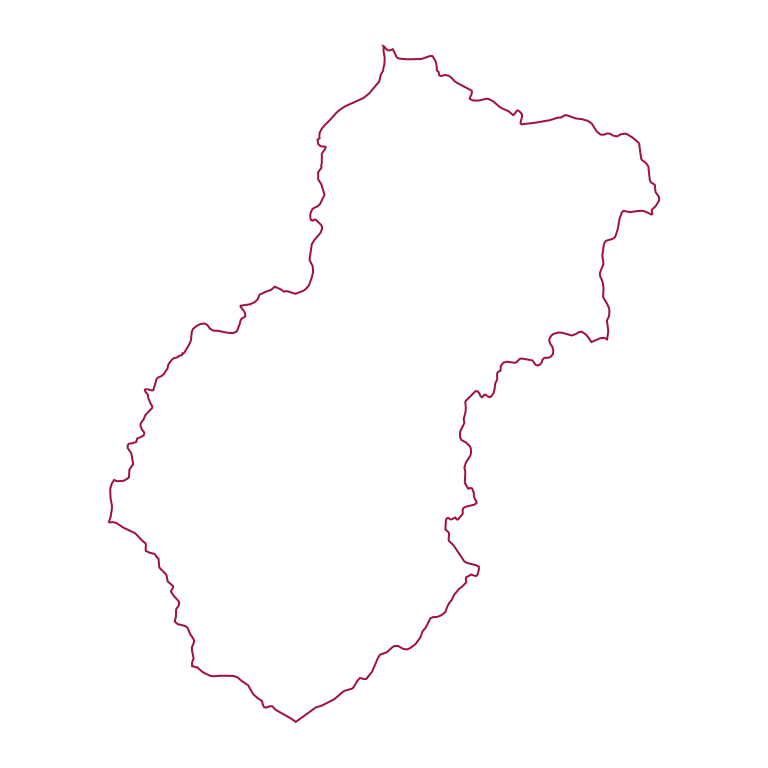 Que Phong, Nghệ An, Vietnam (Natural Earth projection)
{"feature_id": "81297802B37103290877054", "entity_name": "Que Phong", "entity_type": "district", "adm_level": 2, "iso_a3": "VNM", "parent_name": "Vietnam", "parent_adm1": "Nghệ An", "projection": "natural_earth1", "projection_center": [104.897, 19.706], "detail": "fine", "context": "isolated", "style": "outline", "palette": "rose", "viewbox_px": 768, "rotation_deg": 0, "n_neighbors": 0, "source": "geoboundaries", "source_scale": "gbopen_adm2", "svg_char_len": 6087}
<svg xmlns="http://www.w3.org/2000/svg" viewBox="0 0 768 768"><path d="M607.1,339.3L608.3,331.0L606.9,320.6L609.1,316.0L609.4,311.2L609.0,308.1L607.2,304.0L603.1,297.1L603.5,288.2L602.9,283.3L601.6,279.2L600.5,277.4L599.9,274.5L600.0,272.6L603.5,263.9L602.3,255.5L603.9,244.3L605.2,241.7L606.2,240.7L612.3,239.0L614.5,237.7L615.7,235.6L617.8,228.8L619.5,219.0L621.6,213.1L623.0,211.1L624.0,210.9L629.9,212.2L637.6,211.0L642.9,210.8L647.7,212.6L650.7,214.3L652.0,214.3L652.4,213.6L651.7,210.5L652.0,209.5L655.7,206.1L659.1,200.5L659.1,197.6L658.5,196.2L655.8,192.5L655.3,190.6L654.8,184.8L651.0,182.4L649.8,180.2L648.3,166.3L646.0,163.1L641.9,159.9L641.2,158.8L639.2,144.2L638.4,142.5L633.2,138.0L626.9,134.1L625.2,133.6L620.4,134.4L617.7,136.2L616.3,136.3L612.5,135.4L610.7,134.0L609.0,133.5L607.1,133.5L603.5,134.8L600.5,134.5L596.7,131.4L591.7,123.5L587.7,120.8L582.0,119.2L575.6,118.4L566.3,115.1L565.1,115.2L560.6,117.6L558.0,117.6L550.1,120.1L536.0,122.6L521.6,124.3L520.9,123.9L520.5,122.7L522.0,116.9L522.1,114.4L519.5,111.4L518.1,110.5L517.0,110.6L513.8,114.8L512.9,115.0L508.6,111.2L501.9,108.3L498.9,106.3L493.6,101.7L488.9,99.1L486.4,98.7L479.2,100.5L475.0,100.6L472.7,100.3L470.3,99.3L469.7,98.3L471.7,93.8L471.9,91.6L471.6,90.6L457.1,82.9L454.2,80.9L451.6,77.8L448.7,75.7L445.3,75.0L440.9,76.0L439.3,75.4L438.6,72.0L436.9,70.4L436.6,65.6L435.6,61.2L432.5,56.1L430.4,55.9L421.4,59.0L407.3,59.3L399.3,58.6L396.8,57.5L392.8,49.2L390.6,50.2L388.0,50.4L386.8,49.7L384.3,46.6L383.2,46.1L383.7,47.3L383.5,50.9L384.7,57.6L384.4,64.2L383.3,68.5L383.2,70.7L381.0,74.1L379.2,81.5L369.2,93.4L363.5,98.0L344.9,106.4L339.8,109.8L336.4,112.8L329.5,120.5L324.3,125.5L321.6,129.0L319.7,132.7L319.3,135.9L319.6,138.3L317.5,139.6L318.0,143.2L318.7,144.6L320.3,145.9L322.0,146.5L325.4,146.7L325.7,147.3L325.3,148.7L322.2,153.1L321.8,154.2L321.8,163.8L321.2,165.3L321.5,167.6L318.2,172.2L318.2,179.4L321.3,184.2L324.5,194.8L319.8,204.5L316.9,206.6L312.7,208.7L311.0,211.8L310.3,214.2L310.3,218.1L311.2,220.2L312.7,220.7L314.7,219.5L315.8,219.7L321.5,225.3L322.2,227.3L322.1,228.9L320.3,233.1L314.0,240.5L311.8,244.3L309.6,259.0L309.7,260.3L312.6,266.0L313.1,270.3L312.9,273.2L311.6,278.0L308.9,285.5L306.0,288.8L303.6,290.7L295.4,293.8L286.8,291.1L283.8,291.6L280.6,289.3L274.8,286.7L271.2,289.8L265.8,291.7L259.6,294.7L257.7,299.1L255.3,301.7L253.2,302.9L249.9,304.3L240.7,305.7L240.5,306.7L243.7,310.7L245.0,313.3L245.4,316.1L244.9,316.8L241.9,318.4L240.6,320.2L239.8,323.7L237.1,330.8L236.4,331.6L233.2,333.1L227.9,332.8L217.9,330.8L213.7,330.7L210.1,328.9L207.3,324.9L204.2,323.4L200.1,324.2L196.3,326.2L193.0,328.9L191.8,332.0L190.9,340.4L189.6,343.7L184.7,352.0L183.4,353.6L182.5,353.3L181.7,355.3L178.9,355.8L178.0,357.1L173.9,358.2L171.7,359.9L169.2,363.2L168.4,364.5L167.5,368.4L164.1,373.8L161.6,376.0L157.7,377.7L156.6,379.0L153.3,390.2L151.7,390.4L147.4,389.2L145.0,389.5L144.9,390.6L145.5,391.9L147.7,394.4L148.5,398.6L150.6,403.7L152.2,406.1L152.2,407.9L145.8,414.6L145.0,415.8L143.7,419.3L140.7,423.2L140.5,425.9L141.8,429.4L144.0,432.1L144.3,433.1L143.7,435.3L141.0,437.0L137.2,438.5L136.2,442.0L131.9,443.3L128.9,443.7L127.9,444.8L127.6,447.8L131.3,453.4L133.2,464.1L129.4,469.6L129.0,476.9L128.3,478.0L124.8,480.3L122.5,481.0L117.0,481.2L114.1,480.0L111.8,483.6L110.4,488.2L110.2,489.9L110.6,498.6L112.0,506.0L111.8,509.5L110.6,517.0L108.9,522.0L109.6,522.4L113.8,522.2L116.3,523.0L123.5,527.7L135.2,533.3L142.8,541.2L145.5,543.3L145.9,545.0L145.6,549.5L146.0,551.0L149.6,552.7L154.1,553.8L155.3,554.6L156.4,556.7L158.5,558.6L159.2,566.8L159.8,568.1L166.0,574.3L166.6,575.6L167.7,581.4L173.0,586.0L173.2,587.3L171.1,590.8L171.1,591.9L174.0,596.2L178.5,601.0L179.1,602.1L179.2,604.1L178.7,605.5L176.1,609.3L175.9,616.8L174.7,621.5L177.7,624.2L183.8,625.6L185.9,626.4L187.7,628.1L190.3,634.4L192.9,638.0L194.1,640.5L194.0,642.3L191.9,647.3L192.0,650.7L193.6,658.2L192.0,662.7L192.2,664.8L191.9,665.9L192.3,666.3L193.9,666.4L195.6,667.4L196.9,667.1L203.2,672.5L210.0,675.7L213.2,676.3L220.7,675.7L233.2,675.9L237.6,677.4L241.8,681.1L248.1,685.2L253.2,694.2L257.6,698.1L262.0,701.0L262.6,703.9L263.8,706.8L265.3,707.7L270.4,706.2L272.3,706.3L275.9,710.0L290.8,718.4L295.8,721.9L315.7,707.5L321.6,705.7L334.3,699.2L343.0,691.7L345.4,690.5L351.7,688.8L353.3,687.6L357.7,680.4L360.0,678.0L365.0,679.2L366.3,678.9L372.2,671.5L377.8,658.2L380.0,654.7L386.9,652.2L392.5,647.1L394.6,646.0L398.2,646.0L403.2,648.9L406.8,649.5L410.0,648.2L414.4,645.0L416.3,643.1L420.5,637.2L422.7,631.0L425.5,628.0L430.3,618.5L432.8,617.2L437.1,616.9L439.1,616.2L441.6,615.0L445.3,612.1L447.2,606.8L449.5,602.6L451.6,600.1L454.3,594.6L458.9,589.1L462.3,586.4L465.7,582.9L466.2,581.7L465.8,578.5L466.3,577.1L469.0,575.9L470.7,574.5L475.6,576.0L476.4,575.9L477.6,574.6L478.9,569.3L478.8,566.5L476.3,565.3L467.2,563.0L464.3,561.4L453.5,545.3L449.0,541.0L448.6,539.6L449.1,533.6L448.1,531.7L445.4,529.6L445.9,520.1L446.9,518.3L448.3,517.9L450.0,519.2L451.6,519.4L455.3,517.5L456.6,519.3L457.9,519.6L462.7,513.9L462.7,509.4L463.5,507.9L466.3,506.6L474.5,504.6L476.6,502.9L476.2,500.8L474.7,498.8L473.9,495.8L473.7,491.9L472.9,490.9L472.2,488.5L470.3,488.0L468.2,488.7L464.8,482.8L465.3,471.9L464.4,467.4L466.0,462.4L470.2,455.9L471.1,452.5L470.8,448.4L470.0,446.5L466.3,442.7L461.4,439.9L460.3,438.0L459.9,435.0L460.2,431.4L464.4,422.9L463.7,419.3L465.5,412.1L465.8,407.6L465.3,401.7L465.8,400.8L475.6,391.1L477.7,391.4L479.0,392.9L480.5,396.0L482.0,397.3L484.2,394.8L485.0,394.5L489.2,397.2L491.2,396.5L493.5,393.3L494.5,389.6L495.3,383.4L497.2,379.5L497.1,374.1L497.4,372.9L498.1,372.0L500.5,370.6L500.8,366.0L503.3,362.7L506.9,361.7L515.0,362.8L516.4,362.2L519.9,358.8L521.6,358.5L532.3,360.4L535.2,364.2L536.2,365.1L538.1,365.5L540.3,364.3L541.6,362.5L542.4,360.1L543.4,358.6L544.5,357.9L548.6,357.7L550.9,356.6L553.0,353.9L553.3,350.5L552.3,346.7L550.3,343.9L549.1,340.3L550.2,337.1L552.3,334.7L553.7,333.9L558.7,332.5L562.0,332.7L571.7,335.5L576.6,333.7L578.8,332.1L581.7,331.7L585.8,334.4L588.6,337.7L591.4,342.1L600.3,338.2L604.0,337.8L607.1,339.3Z" fill="none" stroke="#9f1239" stroke-width="2"/></svg>